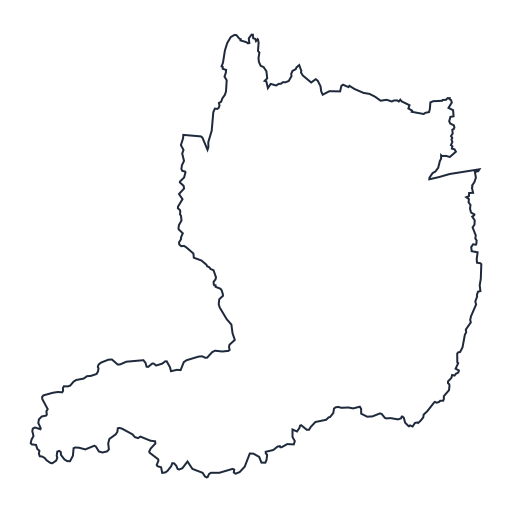 outline of Kota Sukabumi, Jawa Barat, Indonesia
{"feature_id": "22746128B82825120895999", "entity_name": "Kota Sukabumi", "entity_type": "district", "adm_level": 2, "iso_a3": "IDN", "parent_name": "Indonesia", "parent_adm1": "Jawa Barat", "projection": "mercator", "projection_center": [106.928, -6.936], "detail": "fine", "context": "isolated", "style": "outline", "palette": "slate", "viewbox_px": 512, "rotation_deg": 0, "n_neighbors": 0, "source": "geoboundaries", "source_scale": "gbopen_adm2", "svg_char_len": 5981}
<svg xmlns="http://www.w3.org/2000/svg" viewBox="0 0 512 512"><path d="M255.2,38.9L253.2,38.2L252.9,34.7L251.6,34.6L248.8,38.3L249.3,43.1L247.8,43.3L246.5,42.2L240.5,40.4L240.7,39.2L239.3,38.6L236.5,35.2L234.6,34.9L230.8,37.0L227.3,42.9L224.9,50.5L223.0,62.6L221.6,66.4L222.7,66.8L222.7,68.8L226.1,69.9L225.8,72.9L224.5,76.6L226.7,80.3L226.0,91.4L224.8,95.0L222.5,98.1L221.1,101.8L218.9,103.0L219.5,105.6L218.6,108.0L217.3,108.9L214.9,108.6L213.3,112.2L211.7,130.7L208.3,142.1L208.4,147.0L207.5,149.8L202.4,137.6L200.9,136.4L183.3,134.9L183.1,138.2L180.9,145.1L183.5,150.0L182.2,153.5L184.0,160.9L181.9,165.3L181.4,169.0L182.3,170.9L185.0,171.5L185.5,172.2L184.1,177.5L179.9,181.6L179.9,182.5L183.6,185.8L184.1,188.5L179.0,194.0L182.5,199.2L178.0,206.6L177.9,208.3L179.9,210.0L180.3,211.4L180.0,214.3L181.0,215.8L181.5,220.5L179.0,225.0L178.5,227.8L178.7,229.4L182.8,233.3L180.9,237.6L181.1,239.0L179.0,242.4L179.3,244.5L181.3,246.2L184.0,245.9L186.2,247.3L193.4,253.5L193.8,257.7L201.4,260.5L206.3,264.6L207.2,266.3L209.2,267.2L210.7,269.1L213.5,270.2L216.0,277.3L215.5,279.4L213.6,281.8L213.8,284.7L214.4,285.4L215.5,285.3L215.7,286.9L220.4,288.7L221.7,290.4L222.8,294.0L223.0,295.8L219.3,299.2L218.7,304.1L219.7,307.5L226.7,319.2L231.4,324.6L232.5,333.1L234.8,339.9L229.6,344.6L229.0,346.8L229.6,349.9L228.4,350.9L222.1,351.5L215.1,350.7L212.2,352.1L207.2,357.6L205.3,357.8L202.2,356.3L198.6,356.6L186.6,360.2L183.8,362.1L180.6,370.1L177.0,369.8L171.0,371.2L170.0,367.3L166.7,361.3L165.3,361.3L162.1,363.7L156.1,365.5L153.9,363.7L152.3,363.5L148.2,366.9L146.6,366.7L145.5,362.8L143.4,360.2L126.4,361.7L120.4,364.3L117.8,364.6L111.9,359.5L108.4,359.7L101.2,362.5L98.6,364.5L97.8,366.9L98.5,368.3L98.0,371.5L96.5,374.0L90.9,375.9L87.0,376.2L83.6,378.6L76.2,380.0L73.6,381.6L70.2,385.6L67.8,386.4L63.9,386.3L62.9,388.1L63.1,390.8L62.2,392.3L57.8,392.0L53.1,392.7L43.3,395.4L42.1,397.1L42.3,399.1L47.7,409.1L46.4,411.3L46.8,414.6L46.1,415.6L41.7,416.5L38.9,419.4L38.3,423.0L40.7,428.2L40.4,429.2L35.0,427.5L32.8,428.6L32.3,431.1L33.5,436.0L31.5,439.7L30.7,443.2L31.8,444.4L36.0,444.9L37.3,448.9L39.4,450.8L38.9,453.8L39.8,456.3L42.1,456.5L44.7,458.0L46.5,460.2L50.2,462.8L52.2,463.3L56.1,460.7L57.3,457.7L56.7,455.8L57.3,451.6L59.2,450.9L60.7,452.0L61.1,455.1L64.4,459.4L67.2,461.1L70.0,461.2L72.9,455.8L73.6,448.2L75.2,447.5L78.9,447.7L85.3,449.4L94.4,445.7L95.9,446.6L98.9,451.5L102.5,452.5L107.1,451.4L108.9,449.4L108.2,443.3L109.4,438.9L115.8,434.3L117.4,431.7L117.8,428.3L119.4,427.9L122.1,428.7L132.4,434.3L135.0,437.2L138.1,438.1L140.4,436.6L150.4,440.7L155.1,441.3L155.4,443.5L150.7,448.5L149.2,451.6L149.6,452.7L158.2,459.3L158.4,460.8L156.7,464.9L157.5,466.2L161.1,467.3L162.2,472.9L165.4,472.4L167.5,470.9L171.2,466.2L172.3,463.2L174.2,463.4L176.3,465.8L177.6,468.9L179.2,469.5L182.4,468.2L187.5,461.5L192.4,468.9L202.6,472.8L205.0,476.5L206.7,477.4L207.6,477.1L209.0,474.1L210.8,472.8L219.3,472.8L232.5,468.9L234.2,469.6L233.8,472.5L235.6,473.7L239.6,472.1L244.7,466.7L249.8,453.5L253.5,453.7L259.2,456.9L261.4,462.6L265.3,462.7L266.4,460.4L267.1,455.6L267.0,454.6L265.8,453.5L265.7,451.8L273.3,450.0L277.5,446.6L279.8,446.1L280.3,447.2L281.5,447.3L287.2,444.1L293.8,444.4L294.8,441.1L292.5,437.0L292.5,429.5L297.0,431.5L299.5,427.8L300.0,425.7L301.2,425.2L306.8,429.8L309.1,429.7L310.6,427.1L315.4,422.0L326.1,419.8L328.6,417.4L330.1,417.0L333.3,413.0L334.0,408.6L335.5,407.4L338.0,406.9L341.4,407.8L348.4,407.5L353.2,408.4L359.8,406.7L361.1,408.8L361.2,413.7L367.2,416.7L372.4,416.4L380.0,413.4L381.6,413.9L385.0,418.0L386.4,418.4L390.5,418.1L398.0,419.4L401.1,418.3L401.7,416.6L402.4,416.5L403.8,417.7L405.1,422.6L407.9,425.5L409.0,426.3L410.0,425.4L412.6,426.5L415.0,422.9L417.5,422.5L418.1,423.0L420.6,420.7L423.2,417.5L423.7,414.6L427.2,411.3L434.2,402.4L434.9,401.9L436.6,402.7L439.0,402.0L440.1,400.8L443.2,400.7L443.9,398.9L443.8,396.2L449.0,390.2L449.5,385.6L449.2,384.2L448.0,383.2L448.0,381.4L451.4,377.9L452.1,375.0L454.5,375.6L455.9,373.8L458.3,372.5L458.9,370.5L455.6,368.7L458.2,363.1L457.3,362.3L457.2,353.6L458.1,352.4L460.1,352.0L462.5,347.4L464.9,334.6L466.2,332.3L465.8,329.6L470.8,322.4L470.2,319.8L471.0,316.3L476.1,304.5L475.3,301.4L477.1,296.6L476.9,294.9L478.0,291.7L480.4,291.1L479.7,285.3L480.8,278.7L481.3,264.2L480.5,263.3L477.0,262.7L476.7,259.3L477.6,252.3L471.7,251.2L471.2,247.1L473.1,244.3L475.9,244.7L476.4,243.6L476.6,240.4L475.3,238.4L475.8,235.5L472.6,227.4L474.5,224.6L474.7,220.3L472.2,216.6L474.2,215.3L474.4,214.4L471.4,212.8L470.8,211.8L470.0,208.4L470.5,205.0L468.6,202.4L468.9,199.1L466.3,197.2L468.9,196.2L469.1,193.0L473.1,192.8L471.9,187.7L472.4,186.9L472.1,185.5L474.4,182.1L475.9,177.6L474.9,171.9L478.2,171.2L479.4,169.3L449.7,174.0L438.9,177.1L429.3,179.3L429.3,179.1L429.5,177.6L432.6,173.1L435.4,171.5L438.2,167.8L439.9,160.9L441.1,158.8L441.1,155.2L442.1,156.0L446.0,155.9L449.8,157.0L455.9,151.7L454.5,149.3L451.9,148.6L452.4,146.3L450.9,145.1L452.4,142.0L451.5,139.4L452.3,137.9L451.0,136.1L452.7,133.5L452.3,129.7L453.9,128.9L454.4,127.5L453.8,125.3L450.2,123.5L449.2,121.2L450.4,116.9L453.6,116.3L453.1,110.2L448.5,107.9L451.8,102.5L451.1,100.2L449.5,99.1L449.7,98.1L447.6,98.1L446.0,99.8L442.6,100.0L442.1,100.8L433.2,101.2L430.4,102.4L429.8,109.3L429.0,112.1L425.4,112.8L423.6,114.0L411.7,111.8L412.1,110.6L408.4,108.5L409.5,105.2L401.7,101.4L400.3,99.7L398.8,101.5L397.1,100.4L393.8,100.5L391.8,101.5L386.7,99.8L380.6,100.7L375.2,96.8L369.5,93.9L363.5,92.9L354.5,89.0L349.4,85.8L348.5,87.1L343.0,84.7L341.4,85.9L340.1,91.4L329.4,91.2L322.7,94.7L321.2,91.3L320.5,86.2L317.7,80.7L315.7,79.2L311.2,82.5L302.8,75.5L301.0,72.5L301.3,70.8L299.2,65.1L296.5,67.4L295.7,69.2L292.5,70.9L291.2,73.9L291.5,76.2L288.7,81.0L285.5,82.3L282.9,82.2L281.1,83.7L278.6,83.9L276.1,85.5L270.7,83.9L267.9,88.1L266.3,81.4L264.7,80.9L267.2,78.3L266.4,71.2L263.6,67.1L260.7,65.8L258.9,61.9L258.5,58.0L259.4,52.6L258.0,51.0L258.6,42.7L258.0,39.5L257.6,39.1L256.0,41.1L255.2,38.9Z" fill="none" stroke="#1e293b" stroke-width="2"/></svg>